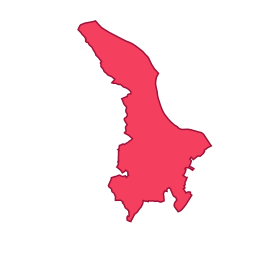 Campo De La Cruz, Atlántico, Colombia, rotated 294°
{"feature_id": "7082276B53254947845178", "entity_name": "Campo De La Cruz", "entity_type": "district", "adm_level": 2, "iso_a3": "COL", "parent_name": "Colombia", "parent_adm1": "Atlántico", "projection": "orthographic", "projection_center": [-74.896, 10.416], "detail": "fine", "context": "isolated", "style": "filled", "palette": "rose", "viewbox_px": 256, "rotation_deg": 294, "n_neighbors": 0, "source": "geoboundaries", "source_scale": "gbopen_adm2", "svg_char_len": 5845}
<svg xmlns="http://www.w3.org/2000/svg" viewBox="0 0 256 256"><g transform="rotate(294 128 128)"><path d="M92.6,213.6L92.8,212.7L93.1,211.9L94.4,211.3L94.7,211.2L94.7,210.8L94.5,210.0L94.2,209.3L93.7,208.5L93.3,208.1L92.2,207.4L95.0,203.3L95.7,203.8L96.4,204.4L98.1,202.6L99.2,203.3L100.8,202.5L101.7,202.2L102.2,202.2L103.2,202.3L106.8,202.1L106.4,201.4L107.1,197.6L107.8,197.8L108.5,198.0L109.2,198.1L111.6,198.2L113.2,197.8L113.8,197.8L113.9,197.7L114.0,197.6L114.0,197.4L113.8,197.0L113.7,196.8L113.8,196.7L114.4,196.7L115.0,196.9L115.6,197.4L115.8,198.1L115.9,198.8L116.0,199.0L116.4,199.3L115.7,204.2L117.6,204.8L117.7,204.4L117.9,203.0L118.1,199.6L120.9,199.6L122.8,199.4L123.6,199.4L124.8,197.1L127.0,197.6L125.7,200.5L130.5,203.0L131.0,203.7L131.6,205.4L135.2,207.1L135.4,207.1L137.1,207.4L137.1,207.2L137.7,207.4L138.9,206.8L139.6,207.3L142.6,208.9L145.6,211.4L146.7,209.4L152.8,199.9L153.4,198.1L153.6,196.8L153.0,193.6L152.8,192.0L151.9,185.8L151.2,183.2L149.2,179.1L148.6,177.7L148.4,176.8L148.3,175.6L148.5,174.5L148.7,173.5L149.2,172.5L149.6,169.2L151.0,164.7L152.7,160.8L155.0,156.5L156.1,154.8L156.9,153.7L158.7,151.6L161.7,148.6L163.2,147.2L164.5,146.1L166.5,144.3L168.5,142.6L169.7,141.8L173.2,139.7L176.8,137.0L178.3,136.0L179.5,135.3L180.7,134.7L182.7,134.1L183.5,133.9L184.7,133.6L185.9,133.4L187.7,133.4L190.3,133.7L192.3,129.1L192.9,127.8L195.6,123.8L198.8,120.0L200.1,118.6L201.1,117.0L202.2,114.0L203.6,111.1L204.5,108.1L205.9,102.2L206.4,99.5L206.7,97.4L206.8,94.4L206.6,91.3L206.8,86.0L207.5,74.7L207.8,70.8L208.9,63.1L210.6,59.0L212.6,54.7L210.8,52.6L206.3,46.0L205.0,44.7L203.1,42.9L202.5,42.6L201.0,42.4L197.5,42.4L196.2,45.8L194.9,48.1L193.9,50.6L193.5,51.4L193.4,51.5L193.2,52.1L193.0,52.8L192.1,52.8L192.0,53.1L191.8,53.4L191.6,53.7L191.0,53.8L190.5,53.8L190.0,54.0L189.9,54.2L189.5,55.3L189.5,55.5L189.8,56.2L189.8,56.8L189.7,57.0L189.3,57.4L188.3,58.7L188.1,59.1L187.9,60.0L187.6,60.5L187.4,61.6L187.2,62.1L186.9,62.6L186.0,63.6L184.8,65.2L184.8,65.3L184.1,66.3L183.1,67.7L182.4,68.4L181.6,68.9L180.2,72.6L178.9,74.8L178.3,76.2L177.9,76.9L176.2,76.3L175.8,76.7L175.6,77.1L175.1,77.5L174.2,78.0L173.5,78.1L173.2,78.3L172.6,79.4L171.9,81.1L171.7,81.4L171.3,81.7L170.7,82.4L170.1,83.1L169.8,83.6L169.6,84.3L169.3,85.5L169.2,86.0L168.5,87.4L168.4,87.7L168.3,88.8L168.2,89.7L168.3,91.4L168.4,91.9L167.9,93.5L167.6,94.6L167.4,96.0L165.7,95.9L163.6,95.0L162.7,94.9L162.9,96.3L163.2,97.1L163.7,98.2L163.8,98.7L163.9,99.9L163.8,101.4L164.1,102.1L164.5,102.8L164.7,103.6L164.5,104.7L163.7,106.7L163.7,107.1L163.7,107.8L163.9,109.7L163.8,111.5L163.6,112.5L163.0,114.5L162.6,115.2L162.0,116.1L160.9,116.6L160.6,116.6L160.3,116.6L160.2,116.5L159.9,116.2L159.7,115.6L159.2,114.8L158.9,114.5L158.3,114.3L157.7,114.2L157.1,114.3L156.6,114.5L152.2,110.4L151.9,110.8L151.4,111.3L150.5,112.3L149.0,113.7L148.0,114.9L147.7,115.5L147.6,115.9L147.3,116.2L147.0,117.0L146.9,117.7L146.7,118.0L146.1,118.4L145.8,118.5L143.8,118.7L143.0,119.0L142.3,119.3L141.9,119.6L141.1,120.6L140.6,121.6L140.3,121.8L139.1,122.2L138.2,122.3L137.4,122.1L137.0,121.9L136.6,121.6L135.8,121.1L135.5,121.0L134.9,120.9L134.6,121.0L134.0,121.3L133.8,121.5L133.0,122.6L132.1,123.8L131.9,124.2L131.4,124.8L130.6,126.1L130.0,125.8L128.9,125.4L128.7,125.4L127.9,125.4L127.2,125.6L126.6,126.0L125.6,126.8L124.6,127.4L124.4,127.4L123.4,127.3L123.0,127.1L122.5,126.6L122.0,126.8L121.9,127.4L121.9,127.9L121.8,128.3L121.8,129.4L121.6,131.7L121.2,132.9L120.6,134.7L120.2,136.3L119.2,136.1L118.4,135.8L116.3,134.5L114.8,133.8L113.8,133.0L112.5,132.2L112.1,131.8L112.0,131.6L111.7,131.4L111.5,131.2L111.4,130.8L111.4,130.2L111.2,129.7L110.8,129.3L110.3,129.0L109.2,128.0L109.0,127.7L108.7,127.6L108.5,127.3L105.5,128.1L104.1,127.5L103.9,128.9L102.9,128.9L102.1,129.1L100.6,129.9L96.2,131.6L95.1,132.2L94.2,132.5L93.2,132.5L93.5,132.9L93.2,132.9L92.4,133.3L90.9,133.9L90.2,133.9L88.2,133.8L88.0,133.7L87.8,133.6L86.4,138.6L84.7,141.1L86.9,142.6L88.6,143.1L87.7,145.9L85.8,146.6L85.3,147.8L83.8,147.1L82.1,146.6L82.2,146.4L82.8,145.7L83.2,145.0L81.9,143.4L81.4,142.7L81.3,142.3L81.5,140.2L81.5,139.7L81.4,139.3L81.1,138.9L80.5,138.2L78.5,136.4L78.4,136.3L78.4,135.8L78.2,135.6L77.6,135.0L75.8,133.0L75.1,133.3L74.1,133.5L71.5,133.5L68.4,133.5L67.8,133.5L67.3,133.6L66.8,134.1L66.5,134.5L66.3,135.4L66.1,136.0L65.8,137.0L65.5,137.8L65.3,138.0L64.3,138.5L63.8,138.9L63.4,139.3L63.2,139.8L63.0,140.9L62.7,141.7L62.5,142.1L61.8,142.9L61.1,143.5L60.7,144.2L56.8,145.9L59.0,150.8L58.3,153.6L57.4,153.5L56.7,155.2L54.2,157.8L53.9,158.3L53.3,160.8L52.9,161.4L52.8,161.8L52.7,162.2L52.1,162.6L51.2,163.2L49.4,164.1L48.8,164.6L48.3,164.8L47.8,164.8L47.5,164.7L47.4,164.0L47.4,163.5L46.7,163.4L45.7,163.5L44.1,164.4L43.8,164.5L43.6,164.6L43.6,165.2L43.4,166.0L43.7,168.7L45.2,168.6L46.0,168.8L47.2,168.8L48.3,168.9L52.0,169.1L53.5,170.0L55.0,170.6L56.0,170.9L57.0,171.0L58.5,171.3L61.6,172.2L62.9,172.1L64.0,172.3L64.9,172.2L67.9,171.4L67.9,172.2L68.1,173.0L68.1,173.8L68.3,174.2L68.6,174.5L68.9,175.3L68.9,176.4L69.9,176.4L70.3,177.9L70.9,179.1L71.4,180.2L71.7,181.1L71.7,181.4L72.0,182.6L72.6,183.6L72.9,184.3L73.2,184.6L73.2,184.9L73.4,185.9L73.4,187.2L73.6,187.8L73.7,188.1L74.6,189.1L75.1,189.6L75.6,190.0L75.7,190.3L76.0,190.5L76.6,190.4L77.6,189.8L79.7,188.7L81.8,187.4L82.5,187.1L82.8,187.0L83.8,187.0L85.0,187.1L85.3,187.1L85.9,186.9L86.0,186.8L85.8,187.2L85.4,187.5L86.0,189.4L87.0,188.7L87.3,188.6L88.2,188.6L88.7,188.7L89.0,188.9L90.3,190.0L89.4,191.8L89.0,192.1L88.6,192.5L87.9,193.4L86.5,194.8L84.6,197.0L84.2,197.7L84.1,199.1L84.0,199.8L83.5,200.5L83.0,201.0L82.6,201.3L82.4,201.4L82.2,202.0L80.2,201.4L79.1,201.1L77.3,201.3L76.3,201.5L76.0,201.7L75.1,202.5L74.8,202.9L74.7,203.2L73.9,204.4L73.0,206.1L71.9,207.8L72.0,208.0L72.4,208.4L72.8,208.8L74.1,209.7L74.6,210.0L77.7,211.1L81.5,212.0L92.6,213.6Z" fill="#f43f5e" stroke="#9f1239" stroke-width="1.5"/></g></svg>